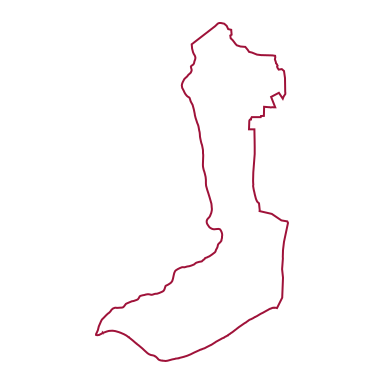 Sukamara, Kalimantan Tengah, Indonesia
{"feature_id": "22746128B44365111458704", "entity_name": "Sukamara", "entity_type": "district", "adm_level": 2, "iso_a3": "IDN", "parent_name": "Indonesia", "parent_adm1": "Kalimantan Tengah", "projection": "natural_earth1", "projection_center": [111.051, -2.56], "detail": "fine", "context": "isolated", "style": "outline", "palette": "rose", "viewbox_px": 384, "rotation_deg": 0, "n_neighbors": 0, "source": "geoboundaries", "source_scale": "gbopen_adm2", "svg_char_len": 5819}
<svg xmlns="http://www.w3.org/2000/svg" viewBox="0 0 384 384"><path d="M96.0,334.9L96.1,335.0L96.6,335.1L97.4,335.2L99.3,334.9L100.1,334.4L100.7,334.1L101.4,333.8L101.6,333.6L101.8,333.5L101.9,333.4L102.0,333.4L102.4,333.2L102.6,333.1L102.9,333.0L102.9,332.9L103.0,333.0L103.1,332.8L104.4,332.4L106.5,331.6L108.6,331.0L109.2,330.9L112.5,330.7L112.7,330.8L113.3,330.8L115.2,331.1L115.3,331.1L119.1,332.2L119.7,332.5L120.2,332.6L123.9,334.2L126.1,335.4L126.3,335.5L128.4,337.0L128.5,337.2L128.8,337.2L128.8,337.3L129.7,338.0L132.7,340.4L135.9,343.2L136.5,343.5L136.6,343.8L138.6,345.3L142.4,348.5L144.3,350.3L147.4,353.1L148.1,353.6L149.2,354.3L150.9,355.0L152.6,355.3L154.1,355.7L154.8,356.2L155.0,356.2L155.1,356.4L155.8,356.7L157.1,357.9L157.7,358.6L157.9,358.7L158.2,359.2L158.8,359.7L159.3,359.9L160.1,360.2L160.2,360.3L161.8,360.6L162.4,360.7L162.5,360.6L162.8,360.7L164.9,360.9L165.5,361.0L167.6,360.7L168.7,360.4L172.3,359.4L174.9,358.9L176.0,358.5L176.8,358.5L177.0,358.5L177.5,358.4L177.9,358.4L178.3,358.2L178.9,358.1L179.0,358.2L179.5,357.9L183.2,357.0L183.4,356.9L183.8,356.8L184.0,356.8L184.2,356.7L184.5,356.6L185.4,356.3L186.0,356.2L186.3,356.0L187.1,355.8L190.7,354.3L194.3,352.5L199.6,350.1L199.8,349.9L200.3,349.8L200.7,349.6L201.0,349.6L201.4,349.3L201.8,349.3L202.2,349.1L202.6,348.9L203.0,348.8L203.2,348.7L203.4,348.6L203.8,348.5L204.5,348.3L206.7,347.1L209.7,345.6L209.9,345.5L210.6,345.1L210.8,345.1L211.1,344.9L211.4,344.8L214.5,342.8L215.0,342.5L215.8,341.9L216.3,341.6L219.8,339.7L221.1,339.0L221.9,338.5L223.1,338.0L224.1,337.6L224.2,337.4L225.0,336.9L225.9,336.4L226.1,336.4L226.5,336.1L227.7,335.5L228.0,335.4L228.0,335.1L229.9,333.9L230.1,333.8L230.6,333.3L231.6,332.7L232.6,332.0L238.9,327.1L241.1,325.6L242.1,324.9L244.7,323.1L245.9,322.5L246.4,322.0L247.9,321.0L248.2,320.7L249.5,319.8L250.7,319.3L251.6,319.0L252.3,318.5L253.3,318.1L254.7,317.1L255.3,317.0L255.7,316.7L257.1,316.0L257.4,315.8L260.7,313.8L262.8,312.8L266.7,310.6L267.7,310.1L269.0,309.3L269.9,308.9L270.2,308.7L270.5,308.7L272.0,308.1L272.3,307.9L272.5,307.9L273.0,307.9L273.6,307.8L273.8,307.7L274.0,307.8L274.1,307.7L274.3,307.8L274.5,307.7L276.0,307.8L277.0,308.1L282.2,297.7L283.0,277.7L282.1,269.2L282.9,258.4L282.8,256.9L283.0,250.2L284.0,241.8L288.0,222.9L287.3,221.4L281.4,220.4L271.8,213.9L259.6,211.1L259.7,210.0L259.0,203.3L257.5,202.0L256.9,201.1L256.5,200.2L255.9,198.7L254.8,194.5L254.3,192.1L253.8,190.1L253.1,186.0L253.3,184.6L253.2,183.5L253.1,181.3L253.1,180.0L253.3,172.3L253.7,167.2L254.7,154.0L254.7,147.4L254.6,139.9L254.4,129.3L249.0,129.3L249.3,120.8L249.8,119.7L251.0,119.5L251.0,118.6L251.8,117.1L260.7,117.1L261.0,116.0L263.9,115.9L264.1,106.8L268.8,107.2L269.8,107.2L270.2,107.4L271.0,107.4L272.3,107.2L273.4,107.3L275.2,107.3L271.1,96.9L278.9,92.8L282.8,98.7L283.6,96.6L285.3,94.0L285.3,92.5L285.2,91.7L285.0,78.0L284.0,71.0L281.8,69.1L278.7,69.6L277.4,67.6L277.1,66.6L277.6,65.8L276.7,64.0L276.0,63.3L275.9,62.3L274.9,59.3L275.3,57.2L275.1,55.8L272.4,55.4L261.1,55.1L257.0,54.6L251.8,52.5L249.1,51.9L247.7,49.8L245.3,46.9L240.5,46.5L236.8,45.3L235.5,43.9L232.7,40.2L230.7,38.3L230.3,35.5L231.6,34.7L231.2,29.8L228.2,29.1L226.7,25.9L224.2,23.7L220.9,23.0L219.2,23.0L217.8,23.6L215.1,26.2L191.7,44.3L191.9,46.3L192.1,48.6L192.4,49.7L193.0,52.1L193.7,53.8L194.4,54.9L195.1,56.3L195.4,57.6L195.3,58.7L195.0,59.9L194.5,61.1L194.0,63.3L193.4,64.4L192.5,65.1L191.4,65.8L190.9,66.7L191.2,68.2L191.6,69.5L191.6,70.7L190.8,72.6L190.0,73.4L188.3,74.9L187.7,75.7L187.1,76.5L186.4,77.1L185.4,78.0L184.3,79.1L182.7,82.2L182.1,83.8L181.8,85.4L182.2,87.9L183.7,90.7L184.5,92.5L185.5,94.2L186.8,95.8L187.7,96.6L188.8,97.2L189.5,97.8L189.9,98.8L190.6,101.1L191.1,102.2L192.6,104.9L193.8,109.3L194.7,113.7L194.9,115.2L195.6,118.0L196.4,120.4L197.2,122.9L198.0,124.8L198.4,126.1L198.7,127.6L199.2,130.5L199.6,132.1L199.8,133.7L200.0,136.7L200.3,138.4L201.0,141.7L201.4,143.3L202.0,145.0L202.3,146.5L202.9,149.6L203.0,150.8L203.0,153.2L203.2,154.8L203.2,156.1L203.0,161.7L202.9,164.9L203.0,166.6L203.3,168.2L203.7,170.0L204.3,171.7L204.8,173.5L205.6,176.9L205.9,179.8L205.9,181.7L205.9,183.3L206.1,185.8L207.3,190.1L208.2,192.8L209.7,197.7L211.4,203.7L211.6,205.5L211.7,207.1L211.9,209.0L211.8,210.4L211.4,212.3L211.1,213.4L210.5,214.7L210.3,215.4L209.9,216.2L209.5,216.9L208.8,217.7L208.1,218.4L207.2,219.5L206.7,220.9L206.7,221.9L206.8,222.8L207.1,223.7L207.6,224.6L208.9,226.5L209.5,227.3L210.5,228.0L211.7,228.7L212.9,229.1L214.1,229.3L215.9,229.1L218.5,228.9L219.8,229.2L220.6,230.1L221.3,231.4L221.8,232.7L222.1,233.9L222.2,235.2L222.0,236.6L222.0,237.9L221.5,239.7L221.4,240.7L220.2,242.3L219.1,243.3L218.5,243.9L218.0,244.7L217.5,246.9L217.2,247.7L215.9,250.1L215.5,251.5L214.8,252.4L211.9,254.6L209.4,256.3L208.0,256.9L207.3,257.3L206.5,257.6L205.6,257.9L205.0,258.2L204.5,259.1L203.0,260.2L201.9,261.3L201.3,261.5L199.4,261.8L196.6,262.6L195.8,263.0L194.0,264.5L191.5,265.5L189.3,266.2L187.2,266.5L185.2,267.1L184.5,267.3L183.1,267.2L182.1,267.2L180.0,268.0L177.6,269.2L176.7,269.8L175.9,270.3L175.2,271.0L174.9,271.6L174.6,272.2L174.3,272.9L174.0,274.0L173.7,275.3L173.0,278.6L172.3,280.9L171.4,282.2L170.6,283.0L169.3,283.9L168.0,284.7L167.2,285.1L166.1,285.6L165.5,286.1L164.7,288.6L164.3,289.7L163.5,290.9L162.9,291.3L162.0,291.8L159.2,293.0L157.1,293.7L155.2,293.8L154.1,294.1L152.7,294.6L151.5,294.8L150.7,294.7L149.7,294.4L148.0,294.2L146.0,294.5L144.3,295.0L142.6,295.3L140.4,295.9L139.7,296.4L138.9,297.9L137.9,299.3L136.7,299.9L133.6,301.0L131.8,301.3L127.1,303.3L125.9,303.9L124.1,306.3L123.2,307.2L122.0,307.6L119.9,307.7L118.7,307.8L116.8,307.9L115.8,307.7L114.8,307.8L113.0,308.5L111.5,309.8L110.5,311.3L109.3,312.6L107.8,313.7L106.2,315.2L104.0,317.5L101.9,319.6L101.1,321.1L98.8,326.4L97.9,330.1L96.7,332.8L96.1,334.0L96.0,334.9Z" fill="none" stroke="#9f1239" stroke-width="2"/></svg>